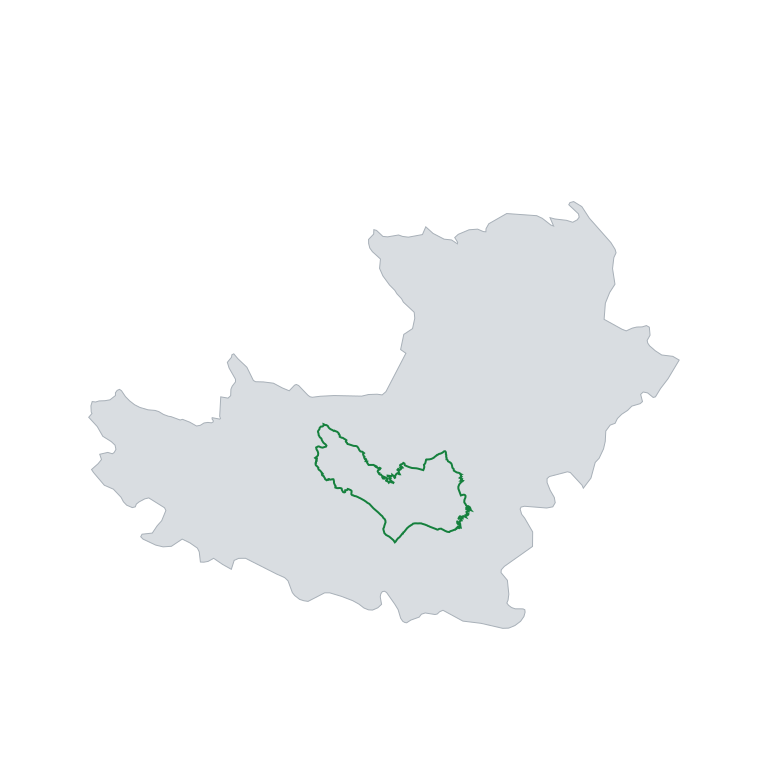 Kouroussa, Kouroussa, Guinea (highlighted), rotated 118°
{"feature_id": "49546643B25969650419510", "entity_name": "Kouroussa", "entity_type": "district", "adm_level": 2, "iso_a3": "GIN", "parent_name": "Guinea", "parent_adm1": "Kouroussa", "projection": "equal_earth", "projection_center": [-10.122, 10.487], "detail": "fine", "context": "in_parent", "style": "outline", "palette": "green", "viewbox_px": 768, "rotation_deg": 118, "n_neighbors": 0, "source": "geoboundaries", "source_scale": "gbopen_adm2", "svg_char_len": 9816}
<svg xmlns="http://www.w3.org/2000/svg" viewBox="0 0 768 768"><g transform="rotate(118 384 384)"><path d="M457.1,517.0L451.9,516.1L449.5,517.4L442.6,528.3L438.4,532.5L432.0,531.2L429.6,532.0L427.9,530.8L430.3,524.8L433.6,512.9L442.2,501.0L442.3,498.5L438.8,491.5L435.2,482.0L435.2,471.8L434.5,464.5L427.0,462.4L425.6,461.2L425.4,458.7L429.6,446.0L430.0,443.4L429.4,441.1L424.8,434.6L417.6,422.6L405.2,398.0L400.6,392.8L396.2,385.2L394.5,380.5L389.9,378.7L346.6,379.1L345.8,385.5L330.9,389.8L321.7,384.8L311.5,387.7L306.5,391.0L302.6,405.4L300.5,408.5L298.3,414.9L296.2,418.5L294.0,425.6L289.1,435.7L284.0,442.2L275.3,445.8L272.6,456.4L270.6,460.4L267.2,463.5L263.6,465.5L256.5,463.5L252.5,465.4L251.9,462.7L254.2,454.3L252.4,449.9L245.6,441.1L245.0,436.9L242.9,431.4L234.0,420.2L225.6,420.9L228.0,411.4L227.9,398.9L225.1,392.0L225.8,385.0L224.3,385.5L221.5,390.3L217.0,388.7L207.9,381.3L203.3,374.0L202.8,367.9L201.8,365.5L199.0,366.8L193.3,366.7L175.9,355.7L163.7,328.2L163.4,322.0L165.3,311.3L164.9,308.4L159.2,315.5L158.1,310.7L153.8,299.7L152.6,293.3L148.4,290.5L145.1,290.0L142.5,292.1L139.0,305.0L136.5,305.0L133.9,302.2L134.5,292.6L141.2,280.5L152.6,250.1L156.6,243.2L159.2,240.7L164.5,240.4L174.8,236.4L187.5,226.9L197.2,227.7L208.7,226.5L223.6,220.0L223.9,199.6L223.4,195.1L218.1,191.0L215.0,187.5L212.4,182.9L209.2,179.7L209.3,176.4L216.0,172.0L222.0,172.1L224.0,170.4L225.6,167.5L227.3,160.1L228.0,152.4L224.0,142.0L224.3,134.6L246.1,135.7L258.1,137.7L267.9,138.3L269.5,140.0L268.1,147.1L269.4,151.4L272.7,152.5L278.2,147.5L281.1,148.6L287.2,154.8L292.9,156.5L299.1,159.9L305.0,161.7L310.2,161.5L314.1,165.0L321.4,166.1L330.8,161.7L338.2,159.7L348.6,159.2L354.1,160.7L369.9,157.1L382.4,159.1L380.4,161.6L374.7,177.9L375.4,180.8L388.0,194.5L391.0,195.6L394.5,193.7L399.9,187.3L404.2,180.4L408.4,177.1L413.2,177.3L417.1,182.1L426.0,202.6L428.3,205.2L430.5,205.1L434.4,201.3L436.4,196.8L444.8,183.3L457.7,176.6L488.5,192.1L493.0,193.2L495.6,192.1L499.4,182.9L511.0,175.1L516.6,173.0L519.7,172.7L520.9,170.2L521.5,166.5L520.9,162.6L517.3,155.7L517.2,153.7L519.2,152.3L523.6,151.3L529.4,152.0L535.8,155.0L541.0,159.3L544.0,164.5L549.8,186.1L556.3,203.0L556.1,225.7L559.0,228.0L562.1,229.0L563.6,230.8L566.8,240.1L569.7,242.9L573.3,243.5L579.9,249.5L584.2,251.9L584.8,253.7L584.7,256.1L583.0,259.3L576.6,265.6L573.4,271.0L566.9,283.8L566.7,286.2L568.1,288.0L570.8,288.3L573.7,287.4L579.7,282.7L584.5,284.4L589.0,288.0L590.7,291.7L591.2,296.6L590.1,302.9L590.0,310.0L591.5,322.0L593.9,334.0L596.3,338.4L611.6,349.0L613.0,353.0L613.8,357.4L612.7,363.6L611.2,367.0L602.8,376.4L601.6,380.9L602.2,389.2L602.9,424.5L606.2,430.5L610.1,433.5L619.3,431.8L619.1,441.6L617.9,452.6L623.2,456.0L625.9,459.4L627.4,462.5L619.0,468.3L616.5,471.7L615.4,480.9L615.7,489.4L627.1,495.5L631.5,502.6L633.4,509.9L634.1,523.9L633.1,527.1L630.2,527.1L624.4,518.6L615.6,517.7L609.1,516.1L598.1,517.2L596.3,519.7L595.0,538.2L597.7,541.3L602.9,544.8L606.3,546.3L609.2,545.9L611.3,548.2L611.8,554.3L610.3,558.8L607.5,562.9L603.9,573.6L604.7,583.4L598.5,599.0L596.8,602.1L588.6,599.0L583.3,598.0L579.5,602.0L574.1,595.8L573.1,591.1L571.2,590.1L567.6,590.0L564.3,592.7L562.9,597.7L562.2,607.7L556.2,617.2L552.0,629.1L547.2,628.0L546.1,629.4L540.9,632.5L536.5,633.4L535.3,630.2L532.7,627.6L529.8,622.6L526.6,618.5L520.3,615.7L517.8,617.0L514.9,616.6L512.9,615.0L513.2,612.6L516.5,606.4L518.3,600.7L519.4,594.5L519.3,588.6L517.6,580.3L514.8,573.7L514.1,569.9L514.4,564.4L513.7,559.3L512.8,556.7L511.5,547.1L509.8,545.3L508.9,537.6L509.1,529.8L506.7,526.8L502.9,524.6L500.6,521.5L499.3,518.1L497.9,517.1L496.7,517.3L495.6,519.4L494.4,519.9L492.1,512.5L491.2,512.2L489.7,513.9L472.0,522.1L469.7,515.1L466.3,513.9L460.5,516.7L457.1,517.0Z" fill="#d9dde1" stroke="#a8b0b8" stroke-width="1"/><path d="M444.6,328.6L444.6,329.9L445.3,330.0L446.3,330.5L447.1,331.3L447.9,331.7L448.3,331.6L448.7,330.2L448.9,328.8L449.1,328.4L449.7,329.2L450.2,330.2L450.8,329.1L451.7,329.3L452.5,329.9L452.3,331.6L453.5,331.8L453.8,330.1L454.5,329.8L455.3,329.2L456.3,327.7L456.5,328.1L456.5,330.3L457.5,330.8L459.2,331.0L460.2,330.9L461.4,330.2L461.9,330.5L461.5,331.3L460.5,331.8L460.6,332.6L460.3,334.1L461.0,333.7L461.8,334.1L463.2,337.8L463.7,337.5L463.1,336.3L464.1,335.2L464.1,333.8L464.5,333.8L465.0,334.3L465.9,333.2L466.3,331.5L466.5,329.4L467.0,329.4L467.0,330.3L467.4,331.5L467.3,332.2L466.9,332.9L468.9,333.4L468.3,334.5L468.4,335.8L468.4,336.8L468.0,337.0L466.8,336.1L466.1,336.2L465.9,337.1L466.0,338.0L466.5,339.9L467.6,339.6L467.9,340.5L467.2,341.7L466.5,341.8L466.0,341.2L466.1,342.7L465.4,344.1L465.9,345.0L465.7,346.1L464.9,346.2L465.0,347.3L464.2,348.5L463.1,348.8L461.3,347.6L460.1,347.5L460.0,348.5L461.0,349.2L461.0,350.7L460.3,351.7L460.3,352.1L461.0,351.6L461.0,352.3L460.3,355.1L462.7,359.6L461.4,362.0L460.2,362.4L460.8,364.0L459.0,364.3L458.7,365.0L459.2,365.7L458.3,367.0L457.3,367.1L457.0,368.3L455.6,369.7L454.4,369.2L454.0,371.3L454.6,373.1L454.1,374.5L452.6,376.6L451.8,378.2L451.9,379.6L452.9,381.8L453.7,386.5L454.1,388.0L453.6,388.8L453.2,389.2L453.2,389.9L452.6,390.8L451.3,390.8L451.1,391.9L451.1,393.2L450.9,395.1L451.3,396.2L451.4,398.3L450.0,399.0L449.6,400.3L448.9,400.6L448.2,402.7L448.5,406.0L449.0,406.2L448.9,408.3L449.0,410.0L448.8,411.3L448.4,412.5L447.5,413.8L447.3,415.5L447.8,416.5L447.9,418.5L448.9,417.8L450.3,418.3L451.3,419.8L453.1,420.2L454.2,419.8L456.3,420.1L457.2,419.9L458.3,418.7L459.9,417.6L460.3,416.8L461.0,415.9L461.3,415.0L461.4,414.1L461.7,413.5L462.7,412.6L464.2,410.1L464.6,408.5L464.7,407.4L465.4,405.9L466.5,405.8L467.8,407.2L468.3,407.6L469.1,408.5L469.6,410.4L469.6,411.8L470.0,412.8L471.9,414.1L473.4,412.9L474.6,410.9L476.0,409.6L478.0,408.8L479.7,409.2L481.6,410.1L481.8,409.2L481.6,408.8L481.2,408.8L481.2,408.3L482.1,408.0L482.7,408.1L483.4,407.3L483.6,407.3L484.0,407.8L484.3,407.7L484.5,407.5L484.9,407.4L485.5,407.0L485.8,407.2L486.0,407.3L486.5,406.8L486.8,406.8L487.5,406.3L487.9,405.5L488.0,404.7L488.7,402.7L489.2,402.6L490.1,401.7L490.3,401.2L490.4,399.9L492.0,396.0L492.7,396.5L493.1,395.9L493.4,395.9L493.6,395.7L493.7,394.9L493.6,394.1L494.4,393.0L494.8,392.2L495.7,391.2L495.7,390.9L495.6,390.4L495.9,389.9L495.9,389.4L495.5,389.2L494.9,388.3L494.1,388.5L493.9,388.2L493.7,387.7L493.9,387.4L493.9,387.1L493.8,386.7L492.3,384.8L491.9,384.2L491.9,383.8L493.4,382.5L494.7,381.8L495.5,380.9L496.6,379.4L496.9,378.7L497.7,378.7L498.3,378.4L498.3,378.1L498.1,377.5L498.0,376.6L497.3,375.3L497.1,375.1L496.6,374.3L496.2,373.1L496.2,372.3L497.3,371.5L497.8,370.7L498.6,369.4L498.6,369.0L498.3,368.1L498.0,367.8L497.6,367.6L496.1,368.4L495.6,367.8L495.3,367.1L495.1,366.9L494.1,366.5L493.7,366.7L493.5,366.0L493.4,364.1L493.3,363.8L493.6,362.5L494.2,362.1L496.5,361.2L496.8,360.8L497.1,359.9L496.7,358.7L496.8,358.0L496.7,357.3L496.3,356.2L496.2,355.3L496.1,353.9L496.1,352.2L496.0,351.3L496.1,346.9L496.4,344.1L496.7,343.0L496.7,340.7L498.7,335.0L500.1,328.8L501.2,325.1L501.5,323.5L502.6,321.6L503.0,319.9L503.9,318.7L505.4,317.7L508.7,317.2L510.6,316.7L512.0,316.7L512.8,316.2L515.6,313.5L515.9,312.3L516.3,311.4L516.3,307.6L516.9,304.9L517.5,302.3L518.7,300.1L517.5,299.7L515.9,299.6L513.7,299.2L512.1,298.4L509.1,297.8L507.7,297.6L507.6,297.3L507.1,297.0L506.7,297.2L506.0,297.3L505.3,296.8L500.4,295.9L497.6,294.8L497.1,294.4L496.9,294.4L496.6,294.1L496.0,293.9L494.8,293.1L493.7,292.8L492.5,291.3L491.0,288.3L490.2,287.0L490.2,286.8L489.6,285.8L489.5,284.8L488.9,281.8L488.6,279.1L488.7,278.5L488.5,277.7L488.5,276.6L487.7,270.3L487.6,268.8L487.4,268.2L487.1,267.9L486.0,267.3L484.9,265.6L485.0,264.1L484.9,263.2L485.0,261.6L484.8,258.9L484.5,258.0L484.0,256.8L483.3,256.6L482.7,256.2L481.2,254.7L480.1,253.8L479.5,253.2L479.4,253.0L479.2,253.1L478.2,252.2L477.7,252.0L477.4,252.4L476.1,251.9L475.4,251.9L475.2,251.8L475.2,251.4L475.3,250.6L476.1,250.9L476.1,250.5L476.0,250.0L475.4,249.8L475.0,249.4L474.8,248.8L474.4,249.1L474.2,249.9L473.0,250.9L472.9,252.8L472.5,253.9L471.5,254.6L471.1,254.8L470.8,254.4L471.7,253.0L471.7,252.2L472.0,250.9L471.7,251.1L471.4,251.7L470.6,252.2L469.3,252.6L468.5,252.0L468.1,251.5L467.4,252.7L467.1,253.5L467.9,254.8L467.7,255.1L466.0,255.1L465.2,254.9L464.9,254.1L465.3,253.2L466.0,252.2L465.8,251.4L464.8,251.8L464.0,252.3L463.5,252.1L463.2,251.0L463.1,249.3L462.6,250.2L461.6,250.5L461.3,249.2L460.5,248.5L460.1,248.5L459.5,248.3L459.1,248.5L459.8,249.6L459.6,250.1L459.0,250.4L458.3,251.1L457.8,250.7L456.8,249.3L456.4,249.6L456.2,250.3L455.9,251.9L456.0,252.5L454.6,253.3L453.8,253.0L453.9,252.3L454.5,251.5L454.8,250.2L454.7,248.4L454.6,247.8L454.3,248.5L454.0,250.5L453.6,251.1L452.9,249.9L452.5,250.5L452.3,252.3L453.0,253.5L452.5,254.7L451.9,255.4L451.2,256.9L450.6,257.7L448.5,258.6L446.1,258.8L444.6,259.4L444.1,260.2L444.1,261.1L444.6,262.1L446.3,263.8L441.6,269.1L439.9,270.1L437.8,270.4L436.4,270.3L435.0,269.9L433.9,269.7L433.1,269.0L432.6,268.9L433.4,270.8L432.1,270.3L431.4,270.4L431.7,271.2L431.2,271.3L431.3,273.0L430.5,272.7L429.6,272.2L429.6,272.6L428.9,272.7L428.7,273.0L427.8,274.3L427.5,273.9L427.5,274.9L427.2,275.3L427.4,276.6L427.8,277.7L427.9,278.6L427.7,281.7L426.4,282.5L425.8,284.3L423.9,285.8L422.7,287.1L422.4,287.8L422.5,288.2L422.2,288.7L422.2,291.2L421.4,292.1L420.9,293.1L421.1,293.5L419.6,294.2L419.3,294.6L419.2,294.9L418.8,295.0L418.3,295.4L418.0,295.4L417.5,295.6L416.8,296.6L415.9,296.8L414.9,297.8L414.8,298.1L414.7,298.4L415.0,299.0L415.5,299.5L416.5,299.8L417.7,300.5L419.0,301.5L419.9,302.6L420.8,303.0L421.6,303.8L422.0,303.8L422.1,304.0L423.7,304.6L424.6,305.1L425.7,305.4L427.8,306.9L429.2,308.5L429.9,309.7L430.3,310.2L430.4,310.5L430.6,310.8L430.7,311.1L431.0,311.3L434.4,310.4L435.5,310.5L436.6,310.8L437.8,309.8L438.8,309.3L440.3,309.0L441.6,308.9L442.8,314.4L443.3,316.0L445.0,319.8L445.5,322.3L445.8,324.8L446.0,327.5L444.6,328.6Z" fill="none" stroke="#15803d" stroke-width="2"/></g></svg>